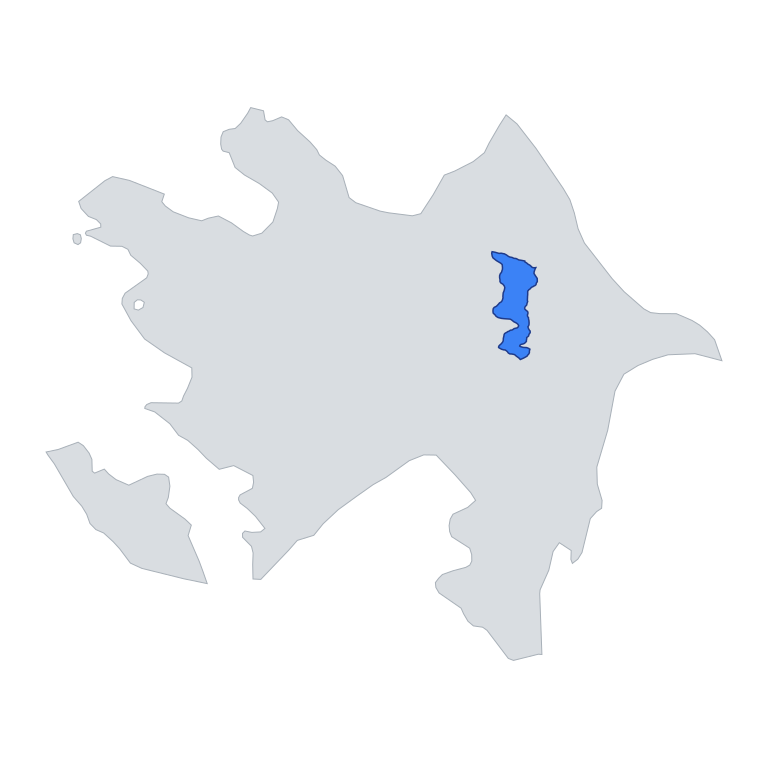 Shamakhi District, Şamaxı, Azerbaijan (highlighted)
{"feature_id": "54616110B16651088424667", "entity_name": "Shamakhi District", "entity_type": "district", "adm_level": 2, "iso_a3": "AZE", "parent_name": "Azerbaijan", "parent_adm1": "Şamaxı", "projection": "equal_earth", "projection_center": [48.652, 40.629], "detail": "fine", "context": "in_parent", "style": "filled", "palette": "blue", "viewbox_px": 768, "rotation_deg": 0, "n_neighbors": 0, "source": "geoboundaries", "source_scale": "gbopen_adm2", "svg_char_len": 5911}
<svg xmlns="http://www.w3.org/2000/svg" viewBox="0 0 768 768"><path d="M541.9,654.5L538.4,654.2L513.5,660.4L508.3,658.4L487.0,630.3L482.6,627.2L473.4,625.9L468.0,621.3L463.6,613.8L461.1,608.2L439.1,593.0L435.9,587.5L435.4,582.6L438.7,578.2L442.4,574.5L453.2,570.7L465.7,567.4L469.8,565.1L471.8,561.1L471.7,554.6L469.7,548.2L451.7,536.7L449.7,531.7L449.1,525.6L450.2,519.2L453.0,514.2L467.7,507.4L475.6,500.4L470.7,492.6L454.9,474.7L436.2,455.1L423.7,454.9L409.2,460.7L386.0,477.4L373.2,484.6L356.5,496.4L338.2,509.7L323.2,523.7L313.8,535.3L297.3,540.4L288.8,550.1L260.8,579.4L253.0,579.0L252.7,564.5L253.1,553.0L251.5,546.4L242.6,537.3L242.5,533.4L244.9,531.0L251.8,532.4L260.7,531.9L264.9,528.4L255.5,516.4L247.2,508.4L240.2,503.1L238.6,499.9L238.6,497.6L240.1,494.9L252.4,488.3L253.6,482.3L252.9,475.5L233.7,465.6L219.2,469.3L206.3,458.2L198.1,449.6L187.8,440.4L178.6,435.3L169.9,423.8L154.7,411.9L144.8,408.5L145.0,406.7L146.8,404.5L151.0,402.7L178.5,403.1L181.8,401.0L183.6,395.9L187.5,388.3L192.0,377.2L191.8,367.9L164.4,352.8L144.6,339.0L131.0,320.7L121.9,304.0L122.3,298.4L125.1,293.2L146.7,277.8L148.2,273.9L147.8,271.1L140.3,263.3L130.8,255.3L127.9,249.3L121.9,246.3L110.5,246.1L90.6,236.2L86.4,235.2L85.4,233.2L86.4,231.2L100.8,227.2L100.7,223.9L96.4,219.6L88.4,216.4L81.1,208.5L78.7,201.4L104.9,180.7L112.6,176.6L129.4,180.4L164.3,194.1L161.8,201.7L165.3,206.0L173.2,211.8L188.6,217.8L201.7,220.8L208.3,218.2L218.4,216.0L231.4,222.8L243.4,231.5L249.4,235.0L252.6,236.0L261.8,233.2L272.9,222.0L277.4,208.5L278.6,202.1L272.3,193.1L259.2,183.5L244.5,175.0L235.1,167.5L229.2,152.7L223.1,151.1L221.6,149.1L220.7,144.1L221.0,137.1L223.2,131.7L229.2,129.3L235.2,128.5L240.7,123.3L247.7,113.2L250.7,107.6L263.5,110.8L265.1,119.9L267.4,121.8L272.7,120.7L281.6,116.9L288.6,119.8L297.6,130.6L310.1,142.0L316.8,149.7L319.4,155.0L325.8,160.1L335.2,166.2L342.6,175.6L349.1,197.6L355.8,202.7L380.1,211.1L388.6,212.8L412.4,215.8L420.8,213.7L433.2,194.7L444.3,175.1L454.6,171.1L473.2,161.6L484.4,152.7L489.1,143.1L499.6,125.0L506.1,114.9L517.0,123.9L536.0,148.4L563.2,188.4L569.9,199.7L574.3,212.9L578.1,228.8L584.4,243.0L612.1,278.6L624.1,291.7L643.7,308.8L650.6,312.6L659.7,313.6L676.4,313.7L691.9,320.4L699.6,325.1L707.5,331.9L714.6,339.7L721.9,360.7L695.0,353.7L668.0,354.8L652.8,359.3L638.0,365.5L623.9,374.2L615.0,391.1L607.7,430.3L596.8,467.1L597.3,484.1L602.1,500.5L601.6,508.3L596.6,511.6L590.3,518.6L582.0,552.5L577.8,559.2L572.4,563.4L570.9,559.4L571.2,550.5L559.3,542.7L553.1,551.5L548.8,570.2L540.1,589.8L539.7,593.6L541.9,654.5ZM143.0,307.5L144.3,302.3L140.9,300.0L137.4,299.8L134.2,302.4L134.1,308.9L138.4,310.1L143.0,307.5ZM51.8,460.4L47.9,455.0L46.1,452.0L58.1,449.5L78.1,442.2L83.4,445.7L89.1,453.1L91.9,459.4L92.2,471.2L94.6,473.1L104.3,469.1L108.6,473.9L116.0,479.6L128.8,485.2L147.6,476.4L156.9,474.1L164.5,474.3L168.6,477.1L169.9,486.2L168.3,497.5L166.0,503.7L169.9,508.2L185.0,519.1L191.3,525.1L188.1,535.6L199.2,561.3L202.9,571.3L207.2,583.6L183.9,578.8L141.9,568.4L130.4,563.1L119.7,548.8L113.3,541.8L103.7,533.0L95.9,529.6L90.0,523.5L86.7,514.3L81.8,506.2L73.3,496.5L54.3,463.8L51.8,460.4ZM80.6,242.8L78.0,244.6L74.1,242.8L72.9,238.8L73.3,234.6L77.3,233.6L80.4,234.8L81.3,238.6L80.6,242.8Z" fill="#d9dde1" stroke="#a8b0b8" stroke-width="1"/><path d="M524.8,261.0L521.8,260.4L518.7,259.9L517.5,259.2L516.0,258.5L513.8,258.3L512.3,257.5L511.4,257.3L509.7,257.0L508.3,256.3L507.9,256.0L506.4,254.9L504.3,253.8L503.0,253.6L501.2,253.2L499.1,253.4L497.3,252.9L495.3,252.3L493.8,252.0L492.1,251.7L491.7,253.2L492.2,256.1L493.0,257.9L496.4,260.6L500.6,263.1L502.2,264.5L502.5,267.8L502.4,269.5L502.0,270.6L501.7,271.6L501.4,272.5L500.6,273.3L500.2,274.0L499.6,275.7L499.6,276.7L499.6,277.8L500.0,279.7L500.0,281.7L501.0,283.1L502.8,284.1L504.2,285.8L504.8,287.6L504.3,290.1L503.8,291.5L503.2,292.9L503.0,295.0L502.9,296.4L503.0,297.8L502.5,299.7L502.0,300.9L501.1,302.0L499.5,302.9L498.7,303.9L497.2,305.5L496.5,306.2L495.4,306.8L494.3,307.3L493.3,308.5L493.0,310.1L493.0,311.7L493.2,313.1L494.3,314.2L495.0,314.8L496.1,316.3L498.0,317.5L499.9,318.0L501.6,318.4L504.3,318.7L507.3,318.9L510.0,319.1L511.3,319.7L512.8,320.9L513.9,321.8L515.6,322.6L516.9,323.4L518.0,324.4L518.7,325.8L517.9,327.3L517.1,327.9L515.3,328.3L514.1,328.6L512.8,329.6L511.7,330.1L510.4,330.2L509.0,331.2L507.7,331.6L507.0,332.2L506.0,332.7L504.6,333.6L504.1,334.6L503.9,336.0L503.3,338.5L503.3,339.3L503.2,340.8L502.8,341.8L501.9,343.0L501.2,343.8L499.7,345.1L499.1,345.7L498.6,346.8L498.6,347.5L499.0,347.8L500.0,348.4L501.7,349.3L503.9,349.9L505.0,349.9L506.4,350.8L507.4,351.7L508.3,353.0L509.8,353.9L511.9,354.0L514.6,354.6L515.8,355.7L517.1,356.7L518.8,357.9L520.3,359.5L522.2,358.7L523.1,358.3L524.5,357.6L526.1,356.7L527.1,356.1L527.8,355.0L528.9,353.8L529.4,352.6L529.4,351.8L529.4,351.1L529.9,349.2L529.1,348.8L528.9,348.5L527.7,348.0L526.7,347.6L525.2,347.5L523.2,347.4L521.8,347.0L520.7,346.7L519.7,346.1L519.8,345.5L520.2,345.0L521.0,344.4L521.9,344.2L523.2,343.9L524.2,343.5L525.0,342.9L525.5,342.4L526.4,341.4L526.4,340.3L526.7,338.7L526.7,337.5L527.8,336.7L528.6,336.0L528.8,335.0L529.1,334.1L529.4,333.8L529.9,333.1L530.2,332.4L530.1,331.0L529.4,330.2L528.6,328.9L527.9,326.8L528.7,325.6L529.0,324.6L529.1,322.9L529.0,321.4L528.9,320.3L528.5,318.9L528.5,317.7L527.6,316.5L527.4,314.9L527.9,313.8L527.9,312.2L527.5,311.4L526.3,310.5L524.7,308.9L524.7,307.6L525.3,306.5L526.7,305.0L527.0,303.4L527.7,301.5L527.4,300.6L527.4,299.2L527.5,297.9L527.5,296.7L527.7,294.6L527.7,292.5L527.7,291.1L528.4,290.4L528.7,289.8L529.5,289.3L530.2,288.8L530.9,287.9L531.5,287.4L532.3,286.9L533.3,286.5L533.9,286.0L534.8,285.7L535.8,284.9L536.1,284.3L536.3,283.1L537.0,282.0L537.3,281.8L537.3,280.6L537.2,278.4L535.5,275.9L534.0,273.5L534.1,272.0L534.9,269.5L535.8,267.6L533.9,267.8L532.2,267.4L530.9,266.1L529.9,265.2L527.9,264.1L526.7,263.0L524.9,261.9L524.8,261.0Z" fill="#3b82f6" stroke="#1e3a8a" stroke-width="1.5"/></svg>